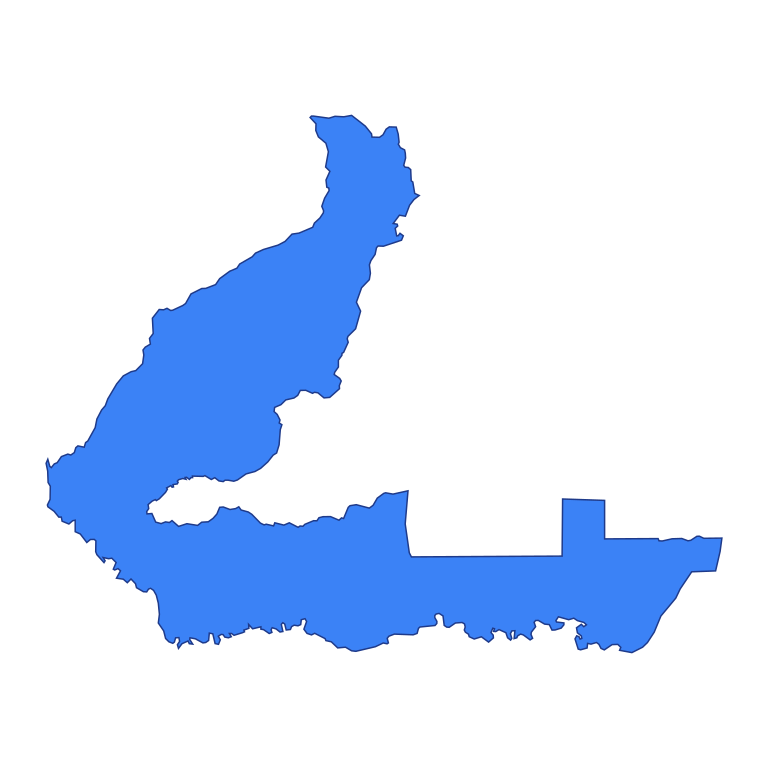 the district of Pimenteiras do Oeste, Rondônia, Brazil
{"feature_id": "56859067B54089399985643", "entity_name": "Pimenteiras do Oeste", "entity_type": "district", "adm_level": 2, "iso_a3": "BRA", "parent_name": "Brazil", "parent_adm1": "Rondônia", "projection": "mercator", "projection_center": [-61.562, -13.01], "detail": "fine", "context": "isolated", "style": "filled", "palette": "blue", "viewbox_px": 768, "rotation_deg": 0, "n_neighbors": 0, "source": "geoboundaries", "source_scale": "gbopen_adm2", "svg_char_len": 6094}
<svg xmlns="http://www.w3.org/2000/svg" viewBox="0 0 768 768"><path d="M721.9,538.1L703.8,538.3L699.4,536.2L696.9,536.3L690.8,540.3L688.0,540.8L681.8,538.5L672.1,538.8L662.2,541.0L659.0,540.8L658.1,538.6L604.6,538.9L604.6,500.4L562.6,499.0L562.1,556.1L411.4,556.9L409.3,552.8L405.2,523.9L408.0,490.8L393.0,494.1L385.6,492.8L383.7,493.4L377.3,498.1L373.1,505.3L369.3,508.1L356.3,504.7L350.0,505.7L348.2,507.4L343.6,518.5L341.5,517.9L339.0,520.2L330.5,516.6L323.0,516.7L319.0,517.7L316.9,520.8L313.6,520.7L304.9,524.3L302.9,526.3L300.1,526.0L298.1,527.3L289.3,522.8L283.9,525.1L274.8,522.8L273.6,525.9L266.2,524.2L264.1,524.9L260.4,523.1L251.8,514.3L248.3,512.0L241.1,510.0L238.8,506.8L235.6,508.6L230.0,509.5L223.3,507.0L219.7,507.3L216.9,514.0L213.1,518.3L208.3,521.8L201.7,522.2L197.6,525.4L186.9,523.7L178.6,526.4L172.0,520.6L169.4,522.5L165.5,521.9L161.1,523.6L155.7,522.1L151.9,513.5L147.0,513.9L146.7,511.6L148.7,508.6L148.1,504.6L152.2,501.1L155.3,499.6L156.3,500.6L159.3,498.8L165.5,492.4L167.4,489.2L166.6,487.9L170.9,485.6L172.1,487.2L173.5,486.9L173.0,484.6L177.3,483.9L178.1,482.3L177.3,481.1L178.6,479.7L182.8,478.5L186.0,479.3L185.1,477.5L186.6,477.3L189.4,479.4L190.9,477.7L192.6,477.6L192.4,476.1L203.3,476.4L204.9,475.6L211.3,479.5L214.8,477.7L218.9,480.9L223.2,481.6L225.1,480.2L228.1,480.2L233.8,481.2L237.4,480.0L246.1,473.9L255.0,471.5L260.7,468.3L267.8,461.9L273.2,455.1L276.6,453.0L279.1,444.8L280.3,429.6L281.9,424.7L279.2,423.0L280.0,420.0L277.2,414.4L274.1,411.6L274.6,407.4L280.9,404.7L285.8,399.9L294.0,398.0L297.7,395.4L300.3,390.4L305.8,390.3L312.5,393.3L314.5,392.3L317.9,392.8L324.0,397.9L329.7,397.4L339.5,388.7L339.3,385.7L341.2,381.0L339.7,378.4L334.2,374.5L334.7,372.3L338.4,367.0L338.4,360.2L341.9,355.3L342.0,353.3L343.6,352.4L348.2,342.3L347.2,338.8L347.9,336.4L355.6,328.8L360.6,311.1L356.4,302.2L361.6,287.7L369.3,279.7L370.4,273.2L369.4,264.8L370.9,260.6L375.1,254.4L376.5,247.7L378.1,246.0L383.5,246.2L401.5,240.2L403.3,235.8L400.0,233.3L398.2,235.7L396.7,235.9L395.2,228.3L397.7,226.0L397.2,224.2L393.2,223.5L399.4,215.2L405.4,216.2L409.6,205.2L414.0,199.5L419.2,195.5L414.7,193.4L412.8,182.0L411.2,180.8L410.7,169.6L408.3,167.5L405.1,167.2L403.7,165.4L405.6,158.0L405.3,153.2L404.6,149.9L400.4,147.7L398.3,144.2L399.1,142.2L398.2,134.1L396.2,127.1L389.3,126.9L386.1,129.2L383.0,134.8L379.5,137.3L372.0,137.1L371.5,133.8L365.3,126.1L351.6,115.4L343.8,116.8L335.0,116.3L328.9,118.2L313.6,116.1L311.4,116.1L310.1,117.5L316.0,123.8L315.8,130.5L318.4,136.9L325.9,143.2L328.4,151.7L325.6,167.0L329.9,171.3L326.0,180.0L326.8,187.2L328.8,188.1L329.1,190.6L324.6,198.2L321.8,206.3L323.6,210.8L323.3,212.9L319.9,218.0L314.4,223.1L312.7,227.3L299.0,233.1L292.0,234.1L285.1,241.4L278.1,245.1L263.4,249.5L255.5,253.1L252.2,256.8L239.7,264.0L236.9,268.2L229.8,271.2L219.7,278.6L215.6,284.6L205.7,288.4L201.8,288.5L191.0,293.9L185.6,303.5L182.8,305.5L172.7,310.2L170.7,310.5L167.0,308.3L163.6,309.8L159.2,309.5L152.4,318.2L153.2,333.5L149.5,338.4L150.4,344.1L145.3,347.1L143.0,350.0L143.8,355.0L142.6,363.7L135.8,370.6L131.1,371.7L123.3,375.9L116.7,383.9L107.8,398.9L105.3,405.7L101.6,410.0L96.9,419.0L95.2,427.6L87.8,441.0L85.6,442.6L84.2,447.2L77.9,445.9L75.8,447.7L74.3,452.6L70.8,455.0L67.8,454.1L61.4,456.6L57.2,462.7L54.3,463.9L51.3,467.6L49.8,466.4L47.8,459.3L46.1,463.3L47.7,471.1L48.1,482.5L50.3,486.2L50.1,499.3L47.4,505.0L47.9,506.8L54.1,511.3L58.8,517.1L61.3,517.1L62.1,521.2L68.9,524.0L72.7,520.7L75.2,520.2L75.2,531.7L80.3,534.0L86.8,542.5L90.4,539.5L94.3,539.4L95.9,540.9L95.7,551.7L96.9,554.7L104.0,562.6L105.1,560.8L103.1,557.5L108.6,558.7L111.8,558.2L116.1,562.5L113.3,569.2L114.7,570.0L118.0,568.6L120.5,570.8L116.5,578.2L123.3,579.2L127.3,582.7L131.0,579.0L135.5,583.7L136.5,587.7L143.4,591.7L146.7,591.9L148.5,589.1L150.6,588.3L153.6,590.4L156.3,595.2L158.3,603.1L159.4,614.3L158.3,623.0L163.7,630.9L165.6,638.5L168.9,641.8L172.8,643.3L174.4,642.1L175.6,637.8L178.9,637.6L179.6,641.4L177.4,644.7L178.5,648.4L182.0,643.7L188.0,641.0L189.3,643.7L192.7,644.1L189.7,639.4L190.0,637.8L195.4,638.8L202.9,642.9L205.7,642.5L208.6,640.5L209.3,633.1L212.8,633.8L215.1,643.6L218.5,644.3L220.3,639.8L218.3,636.2L221.2,634.4L223.1,634.6L224.8,637.1L228.4,637.8L231.3,636.7L229.4,633.5L231.6,633.5L234.0,635.3L242.5,632.7L244.5,631.8L243.9,630.1L248.9,628.3L248.6,624.4L252.6,628.8L260.9,626.8L260.9,629.2L263.5,629.6L269.2,633.5L271.9,632.4L271.1,629.7L272.2,627.7L276.2,629.0L280.0,632.0L282.9,631.5L281.3,624.3L282.8,622.7L284.7,624.0L286.2,630.0L290.4,629.5L291.6,626.6L294.1,625.2L298.0,625.8L300.7,624.6L301.3,619.7L305.0,618.7L306.6,621.5L303.9,629.2L307.0,633.4L311.5,634.9L314.7,633.3L325.1,638.6L325.9,640.6L331.3,641.8L337.7,647.9L345.5,647.2L351.6,650.8L355.9,651.3L375.4,646.7L383.2,643.0L387.1,643.8L388.4,642.9L387.2,638.3L388.9,636.2L394.4,634.1L413.2,634.8L417.1,633.4L418.5,628.3L420.0,627.0L435.0,625.5L436.8,623.5L436.9,621.4L434.8,617.6L434.8,615.5L436.2,614.0L439.1,613.4L443.0,615.9L444.2,625.4L446.7,627.1L449.2,627.3L455.4,623.0L462.1,622.5L464.5,623.9L465.2,627.0L464.3,630.0L465.4,632.2L468.5,634.2L469.2,636.7L474.2,639.0L481.4,636.8L488.6,642.1L493.4,637.9L493.2,635.1L491.0,632.6L492.8,628.2L494.5,628.7L493.6,631.4L495.7,631.6L499.0,629.6L505.9,632.7L507.6,637.8L510.6,640.1L511.8,638.4L510.4,633.7L511.9,630.9L514.9,630.7L514.1,638.6L516.8,637.8L517.7,635.8L520.6,634.1L523.3,634.9L530.1,639.9L532.6,638.3L531.0,634.4L531.4,632.1L535.6,626.7L534.1,622.3L535.6,620.5L538.3,620.4L544.6,624.1L549.3,624.6L552.0,630.1L555.0,630.0L561.2,628.1L563.9,624.8L563.9,622.9L556.5,622.0L555.9,620.6L558.4,616.8L568.7,619.7L573.8,618.2L577.4,620.6L584.0,622.5L586.4,624.8L583.8,626.7L581.3,624.3L576.5,627.8L577.4,632.8L581.3,635.9L581.8,638.4L580.1,639.1L579.0,636.7L576.7,635.8L575.0,638.9L578.2,649.1L580.6,649.8L587.1,648.0L587.6,643.4L591.0,644.1L596.5,642.5L598.9,644.3L601.0,648.4L604.3,649.9L612.1,644.6L617.8,644.4L620.8,647.3L619.6,650.3L631.9,652.6L642.6,647.2L647.4,642.6L654.2,632.2L660.9,616.0L675.8,598.1L680.2,588.9L691.7,571.8L715.6,570.9L720.1,551.4L721.9,538.1Z" fill="#3b82f6" stroke="#1e3a8a" stroke-width="1.5"/></svg>